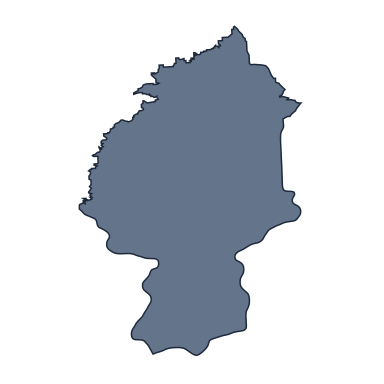 the district of Restauración, Dajabón, Dominican Republic, rotated 87°
{"feature_id": "3306468B11586418732368", "entity_name": "Restauración", "entity_type": "district", "adm_level": 2, "iso_a3": "DOM", "parent_name": "Dominican Republic", "parent_adm1": "Dajabón", "projection": "equal_earth", "projection_center": [-71.654, 19.301], "detail": "fine", "context": "isolated", "style": "filled", "palette": "slate", "viewbox_px": 384, "rotation_deg": 87, "n_neighbors": 0, "source": "geoboundaries", "source_scale": "gbopen_adm2", "svg_char_len": 5955}
<svg xmlns="http://www.w3.org/2000/svg" viewBox="0 0 384 384"><g transform="rotate(87 192 192)"><path d="M311.0,142.4L308.1,141.1L305.6,140.5L302.0,140.3L300.3,140.4L298.5,140.7L296.9,141.3L295.5,142.3L291.7,146.2L290.3,147.3L288.8,148.2L286.2,148.7L283.6,148.7L281.0,148.1L279.5,147.4L276.2,145.3L274.6,144.7L272.0,144.3L269.3,144.5L267.7,145.0L266.9,145.4L265.7,146.4L264.3,148.2L262.8,150.9L261.8,151.9L260.4,152.5L259.0,152.6L257.5,152.3L256.8,152.0L255.5,151.0L254.0,149.0L253.3,147.3L251.9,143.9L248.1,137.0L247.1,134.3L246.0,128.6L245.7,127.7L244.9,126.1L243.9,124.8L242.8,123.7L239.4,121.6L234.6,117.9L234.1,117.4L233.2,116.0L230.3,109.8L229.1,106.1L227.5,101.9L226.9,98.9L226.3,92.6L225.9,90.7L225.5,89.9L224.5,88.6L221.6,86.2L220.3,85.3L218.9,84.7L217.3,84.5L215.7,84.5L214.2,85.0L213.4,85.3L212.2,86.3L211.2,87.5L209.7,90.1L208.8,91.3L208.2,91.7L206.9,92.2L205.5,92.3L204.0,92.0L202.8,91.4L201.1,90.3L200.0,89.7L198.7,89.7L198.1,89.9L197.5,90.3L197.0,91.0L196.8,91.8L196.5,93.5L196.2,97.1L195.8,98.8L195.3,99.6L194.7,100.3L193.3,101.0L190.8,101.4L175.2,101.1L144.7,100.9L140.1,100.6L138.4,100.3L136.7,99.8L132.7,97.5L131.4,97.1L123.8,97.3L123.4,96.4L122.9,95.5L121.6,92.6L121.6,90.2L119.4,88.5L116.3,84.4L114.1,83.2L108.8,78.6L108.8,80.3L108.0,83.2L105.8,84.4L105.8,85.6L104.9,88.5L104.9,92.5L104.7,92.4L103.3,90.6L103.1,91.0L101.3,96.6L101.7,99.5L101.0,99.6L99.9,97.4L97.8,95.8L96.6,95.8L94.6,93.8L89.3,98.7L88.0,99.4L87.3,101.5L86.6,102.8L82.8,102.7L82.9,104.4L79.9,106.5L72.6,109.3L69.7,111.9L68.8,115.6L67.9,122.6L67.9,126.7L66.6,127.9L58.2,127.9L54.3,129.7L44.6,129.7L43.7,130.9L41.5,130.9L40.2,132.6L37.1,133.8L34.0,136.8L31.8,137.9L28.8,140.9L29.6,142.0L31.8,142.0L31.8,143.8L36.2,143.8L39.3,147.9L39.3,153.7L42.4,153.7L42.4,157.8L45.5,157.8L46.8,156.1L47.7,156.1L47.7,157.8L49.0,157.8L47.7,159.0L47.7,160.8L46.8,160.8L47.7,161.9L49.0,161.9L49.0,163.1L49.9,163.1L49.9,164.9L50.8,166.0L50.8,170.1L52.1,170.1L52.1,173.1L53.0,173.1L53.0,176.0L54.3,176.0L55.2,177.2L55.2,178.9L54.3,180.1L53.0,181.8L53.0,183.0L55.2,183.0L55.2,180.1L56.1,181.8L56.1,183.0L59.6,183.0L59.6,184.2L58.3,184.2L58.3,185.9L59.6,185.9L60.5,187.1L60.5,185.9L61.4,185.9L61.4,187.1L62.7,187.1L62.7,191.2L60.5,191.2L60.5,193.0L58.3,193.0L58.3,193.5L58.6,194.0L58.8,194.8L59.1,195.7L59.0,197.8L57.4,198.3L57.4,201.2L62.7,201.2L62.7,201.5L62.7,202.9L63.6,202.9L64.9,204.1L65.8,204.1L65.8,214.0L63.6,214.1L63.6,218.2L66.7,218.2L68.0,219.3L70.2,219.3L72.0,222.2L72.0,225.2L71.1,224.0L71.1,226.4L73.3,226.3L75.5,224.0L77.3,222.2L79.0,222.2L80.8,222.2L81.7,219.3L82.6,221.0L82.6,225.1L81.7,225.2L81.7,228.3L81.7,232.2L82.6,235.1L84.8,236.3L86.1,239.2L86.1,240.4L87.9,240.4L89.2,243.3L90.1,245.1L91.4,245.1L90.1,240.4L90.1,239.1L90.1,236.3L91.4,236.3L91.4,233.3L92.3,232.2L92.3,231.0L93.2,229.2L92.3,229.2L93.2,228.1L94.5,228.0L94.5,226.3L95.4,225.1L95.4,223.9L94.5,222.2L95.4,222.2L97.6,221.0L98.4,223.9L99.8,223.9L100.2,227.7L100.6,231.0L100.7,232.1L98.5,235.1L98.4,236.2L100.7,236.2L102.0,238.0L105.1,238.0L105.9,236.2L107.3,236.2L108.1,238.0L108.1,240.3L110.4,242.1L111.2,242.1L111.2,243.3L112.6,246.2L114.3,246.2L114.3,247.3L116.5,247.3L117.8,249.1L118.7,252.0L117.9,253.1L117.9,254.4L116.5,257.3L116.5,259.1L118.7,261.4L119.6,264.3L121.0,266.1L123.2,266.1L123.2,266.8L123.2,267.3L124.0,267.3L124.4,268.3L124.9,270.2L126.2,270.2L128.4,271.3L128.4,273.0L128.6,273.1L129.3,273.1L129.3,277.2L131.5,277.2L133.7,274.3L134.6,274.3L135.5,275.4L135.5,278.4L136.8,280.1L139.0,280.1L139.0,278.4L140.8,280.1L142.1,278.3L143.0,280.1L145.2,280.1L143.0,281.3L142.1,282.5L143.0,282.5L145.2,281.3L147.4,282.4L147.4,284.2L149.6,287.1L149.6,288.3L150.5,289.5L151.4,288.3L151.4,284.2L158.0,284.2L158.9,285.3L158.9,288.3L160.2,288.3L160.2,287.1L161.1,285.3L162.0,287.1L163.3,287.1L163.3,291.2L164.2,291.2L164.2,292.4L165.5,294.1L166.4,292.4L168.6,292.4L170.8,294.1L173.9,294.1L174.7,292.3L179.1,292.3L181.3,294.1L183.1,292.3L186.6,295.2L187.5,295.2L188.4,292.3L189.7,294.1L191.9,292.3L191.9,294.1L193.7,292.3L194.9,295.3L193.7,298.2L192.8,298.2L192.8,300.2L192.8,301.1L195.0,298.1L195.0,301.1L195.9,301.1L195.9,299.3L198.1,299.3L197.2,301.1L198.1,303.4L198.6,304.9L199.9,305.2L203.1,305.4L205.4,303.1L207.8,301.1L208.9,300.0L209.6,298.6L210.7,296.3L213.2,291.2L214.1,289.9L214.7,289.5L216.0,288.9L219.5,288.3L220.9,287.9L222.1,287.1L223.0,285.8L224.6,282.8L226.2,280.5L227.9,278.4L229.3,277.4L230.8,276.8L232.3,276.8L233.7,277.3L236.1,278.9L237.5,279.6L239.0,279.9L240.6,280.0L242.2,279.8L243.7,279.1L245.1,278.0L246.9,275.8L248.5,273.3L249.2,271.5L249.5,270.4L249.9,267.2L250.1,258.3L250.4,256.2L250.6,255.2L251.2,253.4L252.6,250.2L253.8,246.6L255.1,243.3L255.7,241.6L256.0,239.7L256.5,233.9L256.8,232.1L257.1,231.3L257.5,230.5L258.1,229.9L258.7,229.5L260.1,229.1L262.3,229.1L263.7,229.4L265.0,230.1L265.6,230.7L266.0,231.3L267.3,235.7L267.7,236.3L268.2,236.9L269.4,237.6L272.1,238.7L273.5,239.6L274.8,240.7L278.7,244.6L280.1,245.7L281.7,246.2L282.4,246.3L284.0,246.3L285.6,246.0L286.3,245.6L287.1,245.2L288.4,244.0L292.1,240.1L293.5,239.1L294.3,238.7L295.8,238.4L297.4,238.3L299.0,238.6L299.7,238.9L301.1,239.7L303.6,241.5L306.4,243.1L310.2,245.9L313.0,247.6L314.4,248.7L318.2,252.8L320.2,254.6L323.0,256.3L325.5,258.2L326.9,259.0L328.4,259.6L330.0,259.9L332.3,259.9L333.8,259.6L335.1,258.9L335.6,258.3L336.1,257.6L336.5,256.0L336.9,251.6L337.2,249.8L337.7,248.3L338.7,247.1L342.2,244.3L343.5,243.4L351.8,239.4L350.7,236.1L349.3,230.5L347.6,226.3L347.1,224.5L346.7,222.5L346.5,219.4L346.5,216.2L346.6,213.1L347.1,210.1L347.7,208.2L349.2,205.8L353.1,200.8L354.5,198.6L355.1,197.0L355.2,196.1L355.2,195.1L354.6,193.5L353.2,191.2L350.9,188.3L349.0,186.3L347.7,185.2L346.3,184.2L342.2,182.7L341.0,181.8L340.6,181.1L339.9,179.6L338.3,173.7L337.1,169.1L336.3,164.2L335.9,162.3L334.4,158.0L334.0,156.1L333.2,148.9L332.7,147.1L332.2,146.3L331.6,145.7L330.9,145.2L330.1,144.9L328.5,144.7L318.8,144.7L315.2,144.3L313.5,143.8L311.0,142.4Z" fill="#64748b" stroke="#1e293b" stroke-width="1.5"/></g></svg>